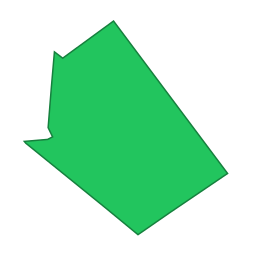 Wilson, Texas, United States of America, rotated 274°
{"feature_id": "52423323B14345052331851", "entity_name": "Wilson", "entity_type": "district", "adm_level": 2, "iso_a3": "USA", "parent_name": "United States of America", "parent_adm1": "Texas", "projection": "robinson", "projection_center": [-98.109, 29.162], "detail": "fine", "context": "isolated", "style": "filled", "palette": "green", "viewbox_px": 256, "rotation_deg": 274, "n_neighbors": 0, "source": "geoboundaries", "source_scale": "gbopen_adm2", "svg_char_len": 338}
<svg xmlns="http://www.w3.org/2000/svg" viewBox="0 0 256 256"><g transform="rotate(274 128 128)"><path d="M22.3,145.4L46.1,175.1L89.6,230.5L150.6,177.8L233.7,106.1L193.1,58.0L198.8,49.3L162.8,48.7L122.8,48.3L113.9,53.4L111.0,48.6L107.4,25.5L105.7,27.1L47.2,110.5L22.3,145.4Z" fill="#22c55e" stroke="#15803d" stroke-width="1.5"/></g></svg>